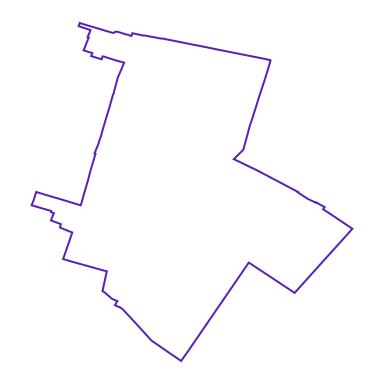 Ciocile, Braila, Romania (Robinson projection)
{"feature_id": "2599482B69369781010688", "entity_name": "Ciocile", "entity_type": "district", "adm_level": 2, "iso_a3": "ROU", "parent_name": "Romania", "parent_adm1": "Braila", "projection": "robinson", "projection_center": [27.247, 44.812], "detail": "fine", "context": "isolated", "style": "outline", "palette": "violet", "viewbox_px": 384, "rotation_deg": 0, "n_neighbors": 0, "source": "geoboundaries", "source_scale": "gbopen_adm2", "svg_char_len": 2386}
<svg xmlns="http://www.w3.org/2000/svg" viewBox="0 0 384 384"><path d="M181.2,361.0L182.1,359.6L184.2,356.6L190.1,348.3L190.3,347.9L198.1,336.6L201.0,332.3L206.4,324.4L206.7,324.0L206.7,323.9L206.8,323.9L207.0,323.6L207.7,322.6L207.8,322.4L208.8,320.9L215.8,310.7L218.6,306.7L224.6,297.9L232.5,286.4L248.7,262.7L248.8,262.6L265.5,273.6L294.6,292.9L297.7,289.5L303.8,282.7L323.5,260.8L339.5,243.1L352.4,228.8L349.3,226.7L334.4,216.7L328.7,212.9L323.1,209.3L324.6,207.1L316.0,202.3L315.8,202.7L307.6,198.8L297.8,192.4L298.1,192.0L259.8,171.8L259.4,171.5L247.8,165.9L245.5,164.8L239.0,161.6L233.8,159.1L243.3,149.8L247.7,133.7L249.7,126.1L251.2,121.7L252.3,118.6L253.2,115.6L254.5,111.5L255.7,107.8L259.8,94.6L260.0,94.2L262.0,88.0L264.0,82.0L265.4,77.6L265.9,75.9L267.1,72.2L267.8,69.9L269.0,65.9L270.0,62.3L270.2,61.5L270.4,61.1L270.2,61.0L270.0,60.8L270.1,60.6L270.2,60.1L269.2,59.9L268.3,59.7L261.8,58.3L245.1,55.0L228.4,51.7L218.3,49.7L208.2,47.6L196.1,45.2L195.3,45.1L162.3,38.5L161.8,38.5L161.2,38.6L144.0,35.4L143.4,35.6L140.8,35.0L140.3,34.9L137.3,34.3L133.7,33.5L132.4,33.2L132.1,34.0L131.4,35.9L122.4,33.3L120.3,32.6L116.8,31.6L115.0,32.0L114.8,32.0L114.5,32.5L114.2,32.8L113.5,32.9L112.4,32.8L105.0,30.6L97.0,28.2L89.9,26.1L88.3,25.7L85.9,24.9L82.2,23.8L79.8,23.0L79.8,23.3L79.1,24.8L78.6,26.1L80.3,26.7L89.6,29.8L90.4,30.0L89.6,32.5L89.3,33.4L89.2,33.3L88.7,34.4L88.0,36.1L87.8,36.7L87.6,37.2L88.7,37.5L87.8,39.9L87.0,41.8L86.7,42.4L86.3,43.8L85.2,46.5L83.6,50.4L92.3,53.1L91.2,56.1L101.7,59.3L102.6,56.4L103.6,56.5L109.0,58.2L115.9,60.4L124.1,62.6L121.7,68.6L118.0,77.1L117.9,77.3L115.4,86.6L114.4,90.2L113.7,93.4L113.5,93.8L113.1,94.2L109.7,106.4L102.3,131.0L101.5,134.3L100.6,137.4L100.1,138.6L99.9,138.9L98.2,144.5L94.5,153.4L95.5,153.7L90.3,171.4L89.6,174.0L88.3,179.2L87.0,183.7L86.0,187.2L84.4,192.5L82.1,200.8L81.3,203.7L80.6,205.3L55.9,197.8L55.6,197.8L36.2,192.0L34.0,199.2L33.7,200.0L31.6,205.3L51.2,211.0L51.2,212.3L53.9,213.1L50.9,220.4L60.8,224.1L60.6,225.4L59.9,227.5L63.7,229.1L67.6,230.7L72.3,232.5L70.8,236.7L68.8,242.6L65.0,253.7L63.6,257.5L63.1,259.0L70.6,261.3L97.5,268.8L106.8,271.3L102.5,291.2L103.9,291.8L112.0,298.8L117.3,301.1L115.3,304.7L115.0,305.2L115.8,305.6L116.5,306.0L117.8,306.5L118.8,306.8L119.0,306.9L120.0,307.4L120.6,307.8L122.6,309.1L134.5,321.9L151.5,340.6L169.6,353.1L181.2,361.0Z" fill="none" stroke="#5b21b6" stroke-width="2"/></svg>